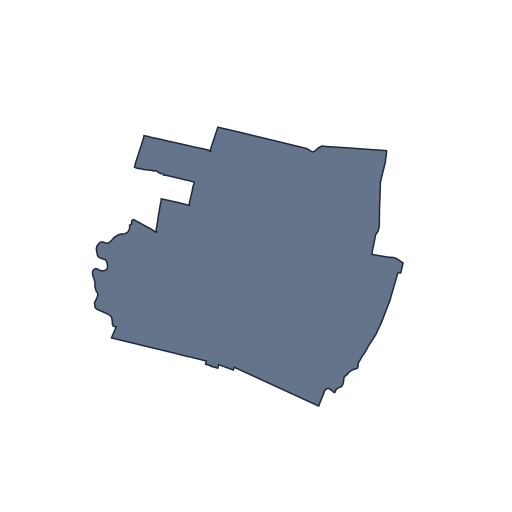 the district of Cosoba, Giurgiu, Romania, rotated 59°
{"feature_id": "2599482B93703236518743", "entity_name": "Cosoba", "entity_type": "district", "adm_level": 2, "iso_a3": "ROU", "parent_name": "Romania", "parent_adm1": "Giurgiu", "projection": "orthographic", "projection_center": [25.808, 44.526], "detail": "fine", "context": "isolated", "style": "filled", "palette": "slate", "viewbox_px": 512, "rotation_deg": 59, "n_neighbors": 0, "source": "geoboundaries", "source_scale": "gbopen_adm2", "svg_char_len": 6022}
<svg xmlns="http://www.w3.org/2000/svg" viewBox="0 0 512 512"><g transform="rotate(59 256 256)"><path d="M416.9,279.6L412.4,273.7L409.0,269.1L408.3,268.2L407.9,268.0L407.5,267.6L406.6,265.8L406.4,265.2L406.3,263.3L406.4,262.7L406.7,262.2L407.1,261.9L407.9,261.3L409.2,260.9L411.5,259.8L413.2,259.5L413.4,259.1L413.5,258.5L413.2,258.0L412.8,257.4L412.2,256.8L411.9,256.5L411.5,254.8L411.4,253.4L411.5,252.6L411.9,250.0L411.3,248.5L410.7,247.6L408.7,245.6L407.9,244.9L407.5,244.7L405.9,243.5L405.4,243.0L405.1,242.3L404.8,241.3L404.7,240.6L404.6,238.9L403.7,236.8L403.4,235.1L403.3,233.8L403.3,232.7L403.4,232.2L403.5,230.7L404.2,228.2L404.3,227.1L404.1,226.5L403.7,225.8L403.2,225.3L401.9,224.7L400.7,223.7L399.8,222.4L398.6,220.0L396.4,216.2L395.9,214.9L394.7,212.2L392.2,207.8L391.6,207.0L386.8,197.3L384.7,193.1L383.6,191.7L377.3,182.3L370.6,173.8L364.0,165.3L362.5,163.4L360.6,161.5L345.4,145.1L343.9,143.4L343.5,142.8L343.4,142.7L343.6,142.6L345.0,140.8L345.0,140.7L344.8,140.4L344.7,140.2L344.1,139.7L337.7,133.5L330.5,136.9L330.0,137.2L327.6,139.5L326.9,140.5L326.4,141.6L325.9,141.9L325.7,142.4L325.4,142.9L324.8,143.7L314.2,155.9L313.3,155.1L303.7,146.4L303.5,146.1L302.9,145.6L299.9,143.0L299.6,142.9L298.7,141.0L298.6,140.7L297.2,138.0L293.7,134.8L276.9,124.4L267.2,118.0L257.5,111.8L256.6,111.2L256.2,110.7L254.0,108.6L243.1,97.7L242.5,97.0L241.1,95.9L240.9,95.9L239.5,94.8L239.2,94.7L238.8,94.2L237.8,93.4L237.6,93.2L236.9,92.7L236.6,92.5L233.6,90.1L233.0,89.9L232.7,90.1L223.8,102.9L211.1,120.9L202.7,133.1L196.7,141.6L196.0,142.6L195.6,142.8L195.5,145.9L195.4,146.4L195.3,146.5L195.4,147.0L195.6,148.1L195.8,148.4L196.0,149.0L196.1,149.9L196.1,150.3L196.2,150.8L196.3,151.7L196.2,152.9L196.1,153.3L195.8,153.9L195.2,154.5L194.9,154.6L194.3,155.1L193.0,155.6L191.4,156.3L189.5,157.7L178.1,169.2L146.3,201.4L131.1,217.0L130.9,217.0L130.0,218.3L129.9,218.3L127.5,220.7L126.3,221.9L126.2,222.0L125.9,222.3L142.3,241.4L142.9,240.8L143.0,241.0L143.0,241.3L142.2,241.6L141.6,241.9L140.8,242.2L139.7,243.2L136.1,246.9L133.1,250.3L128.6,255.0L120.9,263.0L119.7,264.3L115.3,268.9L113.5,270.8L112.2,272.3L111.0,273.4L109.4,275.1L107.7,276.8L106.7,277.8L106.3,278.3L105.5,279.1L103.8,280.9L102.1,282.8L100.2,284.8L98.9,286.1L97.8,287.1L97.0,287.9L96.2,288.8L95.1,290.0L95.4,290.2L95.8,290.5L96.4,291.0L97.3,292.1L97.7,292.4L98.2,292.9L98.6,293.4L99.2,294.1L99.6,294.6L100.3,295.4L103.2,298.6L105.1,300.9L106.7,302.8L107.8,303.9L110.2,306.7L112.9,309.9L113.7,310.8L116.1,313.2L117.2,314.4L117.5,314.2L118.4,313.7L119.3,313.0L120.0,312.3L120.6,311.6L121.0,311.0L121.4,310.4L121.7,310.0L123.2,308.5L123.6,308.1L124.0,307.7L124.5,307.1L125.0,306.6L125.2,306.2L125.5,305.7L125.8,305.1L126.7,304.3L127.0,303.9L127.2,303.7L127.3,303.3L128.0,302.5L128.5,301.9L128.7,301.5L129.2,300.9L129.7,300.6L130.5,299.9L130.7,299.6L130.7,299.2L130.7,298.8L130.8,298.5L130.9,298.3L131.1,298.0L131.4,297.8L131.6,297.6L132.3,297.5L132.7,297.4L133.6,296.8L134.3,296.4L135.1,296.0L136.1,295.3L137.8,293.6L138.3,293.3L138.5,293.4L138.8,293.6L139.0,293.6L139.3,293.5L139.5,293.2L139.9,292.3L140.1,292.0L140.8,291.2L141.9,290.1L145.4,286.5L148.4,283.3L150.5,281.2L152.7,279.0L153.8,278.0L154.5,277.3L155.6,275.9L158.4,273.3L159.7,272.0L160.7,271.0L160.9,270.9L161.2,271.0L161.4,271.1L163.2,273.3L164.0,274.2L165.1,275.2L167.3,277.1L169.8,279.6L171.4,281.0L172.5,282.2L174.7,284.2L176.3,285.9L177.1,286.6L178.0,286.9L178.2,287.0L178.3,287.0L177.6,287.9L177.4,288.2L176.2,289.2L174.8,290.5L172.3,293.0L169.7,295.6L161.0,304.8L158.4,307.6L158.2,307.8L158.6,308.0L158.9,308.2L159.4,308.5L160.1,309.2L161.0,310.0L161.9,310.9L164.3,313.0L166.1,314.5L167.5,315.7L170.4,318.3L173.5,320.8L175.8,322.7L177.7,324.3L179.5,325.8L181.5,327.6L182.5,328.3L183.5,328.6L184.2,328.7L184.4,328.8L184.5,328.8L184.5,329.0L183.9,329.4L183.0,330.0L182.1,330.5L178.9,332.0L177.6,332.7L176.3,333.6L175.0,334.4L173.4,335.3L171.8,336.3L169.9,337.4L168.6,338.1L167.0,339.0L166.2,339.4L165.2,340.1L164.2,340.8L162.0,341.9L161.8,342.1L161.7,342.3L161.6,342.6L161.6,342.8L161.7,343.1L161.5,343.4L161.5,343.6L162.1,344.4L162.5,344.9L162.8,345.1L163.6,345.6L164.2,345.8L164.4,345.9L164.4,346.0L164.5,346.3L164.5,347.5L164.5,348.6L165.7,349.1L167.5,350.4L167.7,350.8L168.0,351.1L168.4,351.7L169.2,352.8L169.5,353.9L169.5,354.6L169.5,355.6L169.2,358.0L168.9,358.5L168.4,359.1L167.7,360.0L167.4,361.2L167.0,362.7L166.9,364.2L166.9,367.2L167.2,368.8L167.7,370.1L168.2,371.6L168.4,372.4L168.6,373.6L168.8,374.9L168.7,375.9L168.3,377.2L167.5,378.2L165.8,379.4L164.8,380.4L164.1,381.7L164.2,383.7L164.9,385.9L165.2,386.5L165.5,386.7L165.8,387.4L166.7,388.4L168.0,389.4L170.3,390.3L172.4,391.1L174.2,391.6L175.3,391.6L176.4,391.2L178.0,390.1L179.4,389.1L180.5,388.0L181.1,387.3L181.7,387.1L182.3,386.9L183.2,386.9L184.2,387.0L185.3,387.3L186.4,387.7L187.8,388.3L189.1,389.1L189.9,389.9L190.5,390.8L190.7,391.7L190.6,392.9L190.3,393.9L189.9,394.8L189.1,395.9L187.9,397.2L186.9,398.0L185.4,398.7L184.7,399.3L184.2,399.8L184.1,400.4L184.1,401.6L184.3,402.6L184.7,403.5L185.4,404.2L186.5,404.9L187.5,405.5L188.5,405.9L190.5,406.3L191.8,406.5L193.2,406.9L194.3,407.2L195.1,407.4L197.0,408.4L198.2,409.1L199.3,409.8L200.3,410.2L201.8,410.5L202.9,410.8L203.7,411.0L204.3,411.1L205.2,410.9L205.8,410.8L206.4,410.9L207.1,411.1L207.8,411.6L208.6,412.3L209.6,413.4L210.2,414.4L211.1,415.7L211.8,416.6L212.2,417.6L212.8,418.4L213.4,418.8L214.9,419.4L216.1,420.0L217.0,420.3L217.9,420.3L219.1,420.0L219.8,419.7L221.1,418.8L223.2,417.3L224.5,416.4L226.1,415.3L228.5,413.6L230.5,412.4L231.5,411.9L232.3,411.6L233.5,411.5L234.4,411.6L235.0,411.5L235.5,411.8L236.4,412.2L237.3,412.6L237.9,412.8L238.6,413.1L239.1,413.4L239.8,413.9L240.5,414.2L241.1,414.2L242.0,414.0L242.4,414.6L243.1,414.1L244.7,412.3L245.9,413.9L247.2,415.8L249.1,418.4L251.8,422.1L276.1,397.5L297.4,375.8L307.1,366.3L308.3,364.7L311.5,361.6L320.4,352.7L322.8,355.0L326.9,351.1L327.2,351.5L332.5,346.5L329.9,344.0L342.0,334.2L340.2,332.0L342.5,330.4L342.9,330.1L416.9,279.6Z" fill="#64748b" stroke="#1e293b" stroke-width="1.5"/></g></svg>